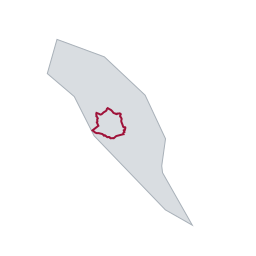 location of Melekeok, Melekeok, Palau, rotated 128°
{"feature_id": "81905179B96125611766208", "entity_name": "Melekeok", "entity_type": "district", "adm_level": 2, "iso_a3": "PLW", "parent_name": "Palau", "parent_adm1": "Melekeok", "projection": "natural_earth1", "projection_center": [134.606, 7.509], "detail": "fine", "context": "in_parent", "style": "outline", "palette": "rose", "viewbox_px": 256, "rotation_deg": 128, "n_neighbors": 0, "source": "geoboundaries", "source_scale": "gbopen_adm2", "svg_char_len": 2321}
<svg xmlns="http://www.w3.org/2000/svg" viewBox="0 0 256 256"><g transform="rotate(128 128 128)"><path d="M134.8,225.1L101.9,238.5L86.5,190.4L91.6,134.7L113.4,91.8L137.1,78.1L142.0,73.2L165.0,17.5L169.5,48.2L155.0,150.0L136.3,189.7L134.8,225.1Z" fill="#d9dde1" stroke="#a8b0b8" stroke-width="1"/><path d="M148.8,142.3L148.7,142.3L148.4,142.4L148.4,142.5L148.3,142.4L148.2,142.2L148.0,141.8L148.0,141.7L147.9,141.4L148.0,141.1L148.0,140.9L148.0,140.7L148.0,140.4L147.9,140.3L147.9,140.2L147.9,139.9L148.0,139.7L148.0,139.4L148.0,139.2L148.0,138.9L148.0,138.7L147.9,138.6L147.8,138.4L147.7,138.3L147.6,138.2L147.4,138.0L147.2,138.0L147.1,137.9L147.0,137.7L146.9,137.5L146.8,137.3L146.8,137.2L146.7,137.1L146.8,137.0L146.8,136.9L146.8,136.7L146.9,136.4L146.8,136.2L146.8,136.3L146.8,136.2L146.8,135.7L146.7,135.7L146.7,135.4L146.6,135.2L146.3,134.8L146.2,134.7L145.9,134.3L145.8,134.2L145.7,134.1L145.5,133.9L145.4,133.8L145.3,133.7L145.2,133.6L145.1,133.4L144.9,133.3L144.8,133.2L144.7,133.1L144.7,132.9L141.6,132.3L135.8,127.9L135.7,127.8L135.6,128.0L135.4,128.3L134.8,128.6L134.2,128.6L133.8,128.4L133.4,128.3L133.2,128.6L132.9,128.9L132.7,129.7L132.5,129.9L132.3,129.8L132.1,129.6L132.0,129.3L131.7,129.2L131.5,129.3L131.5,129.6L131.4,129.7L131.0,129.5L130.0,129.9L129.5,130.2L129.2,130.5L129.2,130.8L129.5,131.2L130.1,132.0L129.9,132.7L128.7,134.5L127.1,137.2L126.3,137.9L125.1,138.4L124.5,138.9L124.4,139.4L124.1,139.7L123.9,140.1L123.9,140.6L123.8,141.2L123.5,141.6L122.5,142.0L121.9,142.0L121.6,142.2L121.4,142.6L121.6,143.6L122.2,144.1L123.2,145.3L123.4,145.4L123.9,145.3L124.1,145.5L124.3,145.9L124.1,146.2L124.5,147.0L124.9,148.1L125.0,148.7L125.0,149.0L124.9,149.4L124.6,150.2L124.4,151.6L124.3,152.4L124.5,153.7L124.8,155.6L124.8,156.2L125.3,156.3L125.7,156.4L126.3,156.3L127.0,155.9L127.8,155.8L128.4,156.0L129.9,156.5L130.5,156.8L131.0,156.9L132.5,157.1L133.4,157.3L134.0,157.7L134.4,158.0L134.5,158.2L134.7,159.5L135.5,162.1L136.1,161.9L136.3,161.8L136.5,161.6L137.2,161.0L137.5,160.5L138.1,160.3L138.3,160.1L138.3,159.4L138.8,158.1L139.0,157.7L139.3,157.6L140.0,157.7L140.7,157.2L140.9,156.9L141.3,156.6L141.5,156.3L141.7,156.1L142.0,156.0L142.3,156.0L142.7,156.1L144.5,152.7L151.7,154.5L151.8,151.3L151.4,149.6L150.1,148.0L148.5,144.4L148.8,142.3Z" fill="none" stroke="#9f1239" stroke-width="2"/></g></svg>